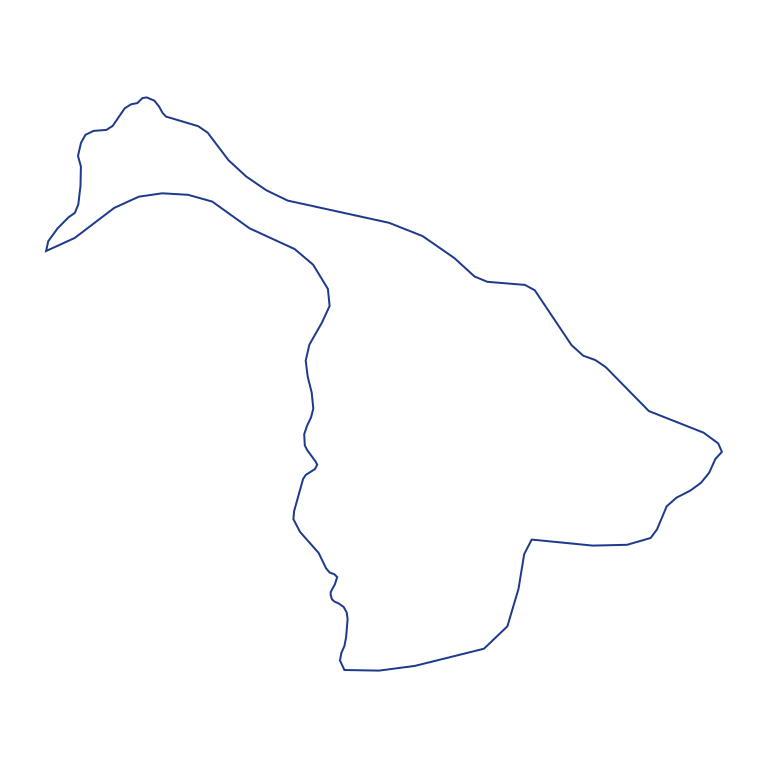 map outline of Aklan (Albers equal-area conic projection)
{"feature_id": "PHL-2525", "entity_name": "Aklan", "entity_type": "Province", "adm_level": 1, "iso_a3": "PHL", "parent_name": "Philippines", "parent_adm1": "", "projection": "albers", "projection_center": [122.165, 11.627], "detail": "fine", "context": "isolated", "style": "outline", "palette": "blue", "viewbox_px": 768, "rotation_deg": 0, "n_neighbors": 0, "source": "natural_earth", "source_scale": "10m", "svg_char_len": 1466}
<svg xmlns="http://www.w3.org/2000/svg" viewBox="0 0 768 768"><path d="M46.1,251.0L46.6,248.8L48.2,241.3L57.4,228.6L68.3,217.5L74.9,212.8L78.3,204.4L80.5,185.8L80.9,166.5L78.0,155.9L81.0,142.8L85.5,134.8L93.5,130.9L106.4,129.9L112.7,125.9L124.7,108.3L131.1,104.3L137.3,103.1L142.4,98.1L146.7,97.4L154.4,100.7L159.1,106.6L162.5,112.8L166.0,116.6L198.2,126.2L207.6,132.6L228.5,160.2L246.2,176.5L266.2,190.2L287.7,200.6L389.0,222.8L422.6,236.1L454.4,258.1L474.5,276.5L487.3,281.8L524.9,284.9L534.8,290.3L571.5,345.1L583.2,355.7L595.4,360.1L605.7,367.1L648.9,411.1L703.6,432.7L718.2,443.4L721.9,451.9L715.4,458.9L709.2,472.7L701.0,482.8L690.3,490.6L676.4,497.7L666.7,506.3L657.0,529.4L650.6,538.0L627.0,544.8L592.7,545.6L531.7,539.6L524.2,554.1L518.5,588.8L507.4,626.3L484.0,648.7L414.8,665.9L379.1,670.6L344.4,670.0L340.0,660.5L341.3,653.1L344.4,646.1L346.1,637.3L347.6,619.2L346.7,612.5L343.6,606.9L338.9,603.6L334.4,601.5L332.0,599.4L330.7,595.0L330.7,592.2L332.1,589.2L334.8,584.5L337.2,577.1L334.4,574.3L329.6,572.5L326.0,568.2L318.7,553.0L300.1,532.0L293.4,519.2L294.1,511.2L303.1,478.9L305.8,474.9L315.0,469.0L317.2,464.7L315.5,461.4L307.2,450.1L304.8,445.5L304.2,434.2L307.2,425.4L311.1,417.3L313.3,408.4L311.7,392.6L307.7,376.6L305.7,360.6L309.4,344.6L322.0,322.5L329.6,306.0L327.9,288.9L313.1,264.7L294.7,249.1L249.5,228.3L212.3,201.6L188.0,194.8L162.1,193.3L138.8,196.7L114.2,207.9L74.8,237.9L46.1,251.0Z" fill="none" stroke="#1e3a8a" stroke-width="2"/></svg>